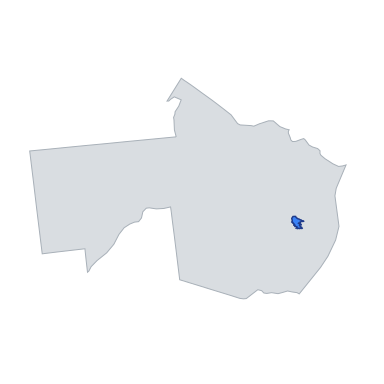 Yepocapa, Chimaltenango, Guatemala shown in context, rotated 263°
{"feature_id": "79465075B24340573402590", "entity_name": "Yepocapa", "entity_type": "district", "adm_level": 2, "iso_a3": "GTM", "parent_name": "Guatemala", "parent_adm1": "Chimaltenango", "projection": "equal_earth", "projection_center": [-91.028, 14.45], "detail": "fine", "context": "in_parent", "style": "filled", "palette": "blue", "viewbox_px": 384, "rotation_deg": 263, "n_neighbors": 0, "source": "geoboundaries", "source_scale": "gbopen_adm2", "svg_char_len": 3786}
<svg xmlns="http://www.w3.org/2000/svg" viewBox="0 0 384 384"><g transform="rotate(263 192 192)"><path d="M77.8,286.0L79.3,284.0L80.5,279.5L82.1,274.8L81.2,269.4L80.6,265.0L82.4,258.7L82.2,253.9L83.0,251.0L85.6,249.1L87.0,245.4L79.6,232.9L79.7,230.0L80.6,226.5L86.7,213.1L93.8,197.2L101.7,179.6L106.4,169.1L123.6,169.1L135.0,169.1L149.5,169.1L165.2,169.0L175.5,169.0L179.8,168.9L179.1,162.0L179.6,154.5L181.5,147.6L181.5,144.6L178.4,140.8L172.4,138.7L169.1,135.4L169.1,131.2L167.7,126.2L164.8,120.3L158.8,114.3L149.7,108.1L142.0,99.9L135.6,89.5L130.2,82.8L126.1,80.0L125.1,78.5L137.2,78.6L148.7,78.8L148.8,63.9L148.9,50.7L148.9,35.8L169.7,35.8L194.6,35.8L220.4,35.9L240.6,35.9L252.5,35.9L252.0,54.4L251.5,75.8L251.1,91.6L250.5,112.6L250.0,134.2L249.2,163.5L248.7,182.6L249.0,183.0L255.7,182.1L265.8,182.9L268.2,182.8L271.3,184.5L273.7,185.0L278.8,189.3L284.8,192.5L288.6,186.0L286.6,182.0L285.1,180.0L285.3,178.3L306.2,195.2L303.8,197.8L298.5,203.9L288.9,214.2L280.3,223.5L272.1,231.9L264.6,239.4L263.8,240.2L254.3,245.6L252.7,248.0L250.7,258.7L249.8,261.4L251.5,267.3L253.3,276.5L252.7,281.3L246.2,287.2L243.2,292.5L241.9,296.0L240.7,295.1L238.7,294.8L234.0,296.1L231.7,296.4L229.8,297.9L229.6,301.2L230.9,306.6L231.4,309.4L230.0,310.7L224.3,313.9L222.0,317.1L219.8,322.0L217.3,324.1L214.7,323.7L212.8,324.4L208.8,328.1L202.8,335.3L199.5,340.6L199.5,344.6L200.1,348.2L178.1,335.6L170.8,333.4L140.0,333.7L126.8,328.7L111.7,319.1L101.5,310.4L77.8,286.0Z" fill="#d9dde1" stroke="#a8b0b8" stroke-width="1"/><path d="M146.5,289.5L146.4,289.5L146.2,289.6L146.2,289.8L146.1,290.0L145.9,290.2L145.7,290.2L145.4,290.1L145.4,290.3L145.2,290.4L145.2,290.5L145.0,290.8L144.9,291.0L145.0,291.0L144.9,291.1L144.9,291.3L144.8,291.5L144.8,291.8L144.7,291.8L144.4,292.0L144.3,291.9L144.2,291.9L144.1,291.7L143.9,291.7L143.7,291.6L143.5,291.4L143.5,291.5L143.4,291.7L143.3,291.8L143.2,291.9L143.2,292.0L142.9,292.0L142.8,292.3L142.8,292.5L142.9,292.8L142.9,293.0L142.9,293.3L143.0,293.4L143.0,293.5L142.9,293.7L143.0,293.7L143.0,293.8L142.9,293.9L142.9,294.0L142.9,294.3L142.8,294.5L142.7,294.7L142.7,294.8L142.8,295.0L142.8,295.3L142.7,295.4L142.7,295.5L142.6,295.8L142.5,296.0L142.5,296.4L142.5,296.5L142.5,296.9L142.6,297.0L142.9,296.8L143.1,296.5L143.2,296.4L143.3,296.4L143.4,296.5L143.6,296.5L144.1,295.8L144.4,295.6L144.6,295.3L144.8,295.2L145.3,294.9L145.6,294.7L145.7,294.9L145.9,295.0L146.0,295.0L146.2,294.8L146.3,294.8L146.4,295.0L146.4,295.5L146.2,296.0L146.1,296.3L146.5,296.4L146.9,296.0L147.0,295.8L147.3,295.4L147.5,295.1L147.6,294.8L147.7,294.3L147.8,294.2L148.0,293.9L148.2,294.1L148.1,294.3L148.0,294.5L148.1,294.8L148.0,295.1L148.0,295.4L148.2,295.6L148.3,295.7L148.5,295.7L148.9,295.6L149.0,296.1L149.3,296.5L149.4,297.5L149.3,298.2L149.3,299.2L149.5,299.2L149.8,298.9L149.9,298.7L149.9,298.4L150.0,298.0L150.0,297.9L150.1,297.7L150.6,297.2L151.0,296.8L151.0,296.6L151.1,296.3L151.2,296.1L151.3,296.0L151.4,295.8L151.6,295.5L151.9,295.2L152.0,295.0L152.1,294.9L152.3,294.4L152.4,294.1L152.5,293.9L152.8,293.5L153.0,293.3L153.0,293.2L153.4,292.8L153.5,292.8L153.6,292.6L154.2,292.2L154.3,292.1L154.6,292.0L154.7,291.9L154.9,291.8L155.1,291.8L155.2,291.5L155.3,290.7L155.3,289.9L155.4,289.3L154.8,288.7L154.4,288.4L154.2,288.2L153.9,288.1L153.6,287.8L153.0,287.8L152.3,288.0L151.6,288.0L151.3,288.0L150.8,287.9L150.6,287.8L150.4,287.6L150.1,287.4L150.0,287.5L149.9,287.5L149.7,287.7L149.7,287.8L149.6,288.0L149.6,288.3L149.4,288.4L149.2,288.3L149.1,288.2L149.0,288.3L148.9,288.3L148.8,288.5L148.7,288.5L148.4,288.8L148.3,289.0L148.2,289.0L147.9,289.2L147.8,289.3L147.7,289.3L147.6,289.5L147.4,289.5L147.4,289.4L147.3,289.2L147.2,289.1L146.9,289.1L146.7,289.1L146.7,289.3L146.6,289.2L146.5,289.3L146.5,289.5L146.5,289.5Z" fill="#3b82f6" stroke="#1e3a8a" stroke-width="1.5"/></g></svg>